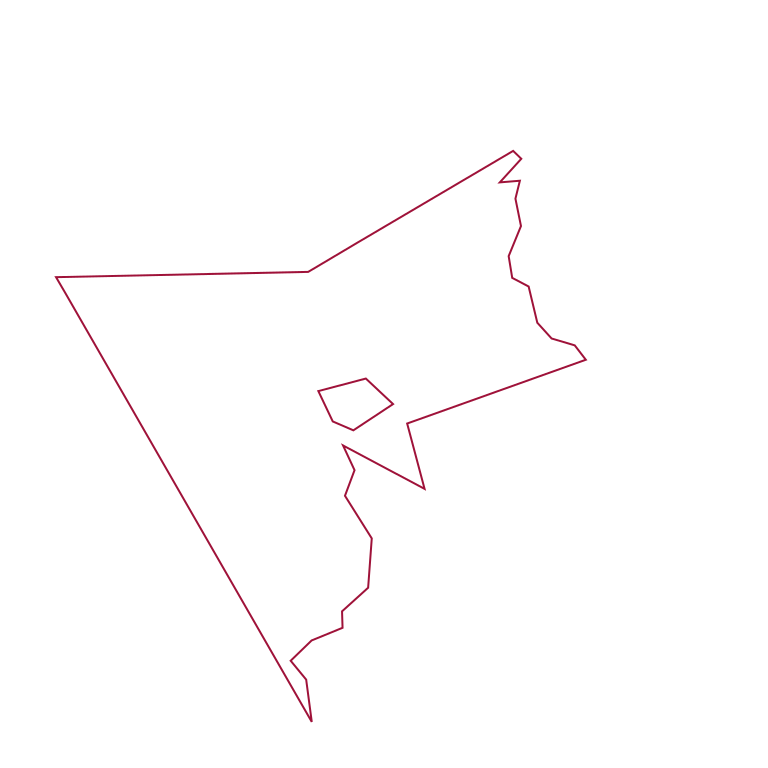 outline of Greensville, Virginia, United States of America, rotated 60°
{"feature_id": "52423323B40358920448273", "entity_name": "Greensville", "entity_type": "district", "adm_level": 2, "iso_a3": "USA", "parent_name": "United States of America", "parent_adm1": "Virginia", "projection": "robinson", "projection_center": [-77.525, 36.721], "detail": "fine", "context": "isolated", "style": "outline", "palette": "rose", "viewbox_px": 768, "rotation_deg": 60, "n_neighbors": 0, "source": "geoboundaries", "source_scale": "gbopen_adm2", "svg_char_len": 610}
<svg xmlns="http://www.w3.org/2000/svg" viewBox="0 0 768 768"><g transform="rotate(60 384 384)"><path d="M127.5,614.6L146.5,614.5L640.5,615.5L601.1,599.2L577.0,603.2L569.9,574.9L574.4,541.8L559.9,534.0L552.5,499.6L511.6,471.8L461.3,473.7L443.9,452.6L416.8,450.2L495.1,401.3L429.8,383.7L463.9,197.1L445.9,199.5L428.4,216.1L407.6,220.6L371.9,210.0L356.2,219.9L335.6,212.1L315.7,186.4L289.2,177.5L275.9,164.7L267.3,182.9L257.6,152.5L246.7,155.6L248.3,336.1L249.0,393.6L127.5,614.6ZM370.2,397.0L405.9,386.2L408.8,433.7L390.8,447.1L357.3,444.4L370.2,397.0Z" fill="none" stroke="#9f1239" stroke-width="2"/></g></svg>